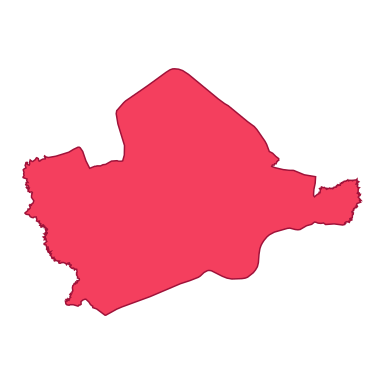 Si Rattana, Si Sa Ket, Thailand
{"feature_id": "78962969B55540018650075", "entity_name": "Si Rattana", "entity_type": "district", "adm_level": 2, "iso_a3": "THA", "parent_name": "Thailand", "parent_adm1": "Si Sa Ket", "projection": "mercator", "projection_center": [104.475, 14.809], "detail": "fine", "context": "isolated", "style": "filled", "palette": "rose", "viewbox_px": 384, "rotation_deg": 0, "n_neighbors": 0, "source": "geoboundaries", "source_scale": "gbopen_adm2", "svg_char_len": 5849}
<svg xmlns="http://www.w3.org/2000/svg" viewBox="0 0 384 384"><path d="M357.0,179.1L356.2,179.9L353.6,180.2L352.7,180.8L352.1,180.2L351.2,180.5L349.8,180.2L348.7,180.9L347.9,179.8L347.1,180.6L346.3,180.6L345.9,181.3L344.2,181.2L343.2,182.3L342.7,182.2L342.5,182.9L341.6,182.7L341.3,183.4L340.4,183.4L340.6,184.0L340.1,184.5L340.2,185.2L338.2,184.8L338.5,185.4L336.8,185.5L336.7,186.1L336.2,186.3L336.5,186.8L336.1,187.2L334.0,187.2L333.6,188.1L332.8,188.7L332.3,188.1L331.0,188.6L330.1,188.5L329.8,188.0L327.8,188.8L326.9,188.2L326.6,188.5L326.9,189.1L326.7,189.3L324.4,187.4L323.6,187.7L321.6,187.0L321.7,187.8L321.4,188.6L320.3,188.1L319.5,188.7L320.4,189.5L320.1,192.6L319.1,192.4L318.8,193.8L317.6,194.2L314.5,196.8L313.6,195.6L313.6,193.6L313.9,189.4L315.2,183.1L315.6,176.7L304.3,174.8L293.6,170.4L289.1,170.3L283.2,169.6L275.1,167.7L271.7,166.4L272.4,165.0L274.1,165.1L274.6,163.7L276.0,163.8L276.9,161.6L277.3,161.5L277.6,160.8L278.7,160.4L278.7,158.6L275.8,156.4L272.6,153.2L269.3,151.5L266.6,144.3L265.0,141.3L257.0,129.7L254.3,126.6L247.5,121.6L228.2,105.7L224.7,103.7L218.2,98.9L188.4,74.3L182.7,70.6L178.7,69.2L174.6,68.8L172.6,68.9L170.0,69.8L166.2,72.2L147.5,85.8L125.5,101.0L123.6,102.8L116.7,110.7L116.2,113.7L117.9,123.9L124.5,145.5L124.3,155.1L122.7,160.8L121.4,161.2L118.5,161.2L117.0,160.7L111.5,161.1L105.6,164.4L103.0,164.7L100.5,165.9L96.9,165.9L96.1,166.3L94.7,166.3L89.7,168.3L85.9,160.8L82.7,151.4L80.2,147.8L79.2,147.2L78.0,147.2L73.4,149.4L68.8,152.2L55.9,156.2L48.5,157.5L46.3,157.1L44.6,155.9L44.4,156.4L45.3,158.1L45.3,158.8L42.8,159.1L40.7,160.2L39.7,161.2L38.9,160.9L38.3,158.6L36.8,157.7L36.3,158.0L35.2,159.7L32.8,161.5L31.7,161.2L30.2,160.0L29.5,162.6L29.7,163.9L29.2,165.1L28.0,164.7L27.0,163.9L27.5,163.0L27.3,162.4L26.2,162.4L25.7,163.0L25.7,164.2L25.1,165.2L26.0,167.9L24.2,168.8L23.2,169.8L24.0,172.6L23.6,173.9L24.1,175.4L23.0,177.2L23.3,177.7L27.0,179.0L26.7,180.7L28.0,182.5L26.2,182.6L26.2,183.8L25.7,184.7L26.2,185.2L27.5,185.2L28.3,185.7L28.8,187.4L28.1,187.6L26.7,186.9L26.3,187.4L27.7,189.0L29.0,188.6L28.0,190.8L28.1,191.4L29.3,191.5L29.6,192.2L31.7,191.9L32.4,192.6L32.3,193.1L31.6,193.8L31.9,194.7L31.5,195.6L31.5,197.4L33.8,200.8L33.1,203.0L32.0,203.7L31.4,205.2L30.1,204.5L29.4,205.2L30.0,205.9L29.8,206.6L30.3,207.0L30.0,208.3L29.1,209.3L28.1,209.0L27.7,210.7L25.0,212.9L25.0,213.3L26.2,214.3L29.1,214.7L30.3,216.7L32.0,217.5L33.3,217.7L34.1,217.0L36.3,217.0L36.4,218.2L36.9,219.1L36.5,220.9L38.3,221.8L38.8,221.1L39.4,221.1L39.2,223.0L40.7,223.6L39.8,225.3L41.0,225.4L40.9,227.0L41.5,227.1L42.1,226.7L42.1,226.4L41.5,226.0L41.7,225.4L42.5,225.5L42.9,224.9L43.4,224.9L43.9,225.7L43.5,226.5L44.4,226.4L44.3,227.4L45.1,227.1L47.5,229.2L47.3,229.7L46.9,229.8L46.2,229.4L46.1,228.7L45.3,228.9L45.7,230.2L46.2,230.0L46.7,230.5L45.7,232.2L47.2,232.6L47.2,233.4L46.9,233.6L45.5,233.5L46.3,234.6L46.1,235.1L45.6,235.0L44.9,234.0L44.2,234.0L45.1,234.9L45.3,236.5L43.3,237.0L44.3,237.9L45.4,237.7L45.7,238.6L44.7,238.6L44.3,239.7L46.1,239.3L46.2,240.7L46.8,241.4L45.0,243.1L44.2,243.4L44.0,244.0L44.4,244.6L46.0,244.9L46.6,247.1L48.1,247.0L48.5,248.9L46.8,248.3L46.5,249.1L47.6,250.4L48.1,250.0L48.8,250.3L48.7,251.0L47.9,251.6L48.3,252.3L48.9,252.4L50.7,251.7L49.8,252.8L49.7,253.5L50.9,253.5L51.4,253.9L50.2,255.2L51.4,256.2L52.0,258.4L52.3,258.5L52.8,257.6L53.9,257.5L53.4,258.4L54.7,259.0L54.0,260.0L54.4,260.9L54.9,260.7L55.2,259.6L56.0,260.7L56.8,260.6L58.2,261.3L58.8,260.9L59.6,261.1L58.7,262.2L59.1,263.2L60.6,263.2L62.0,262.4L62.8,262.7L63.6,262.5L66.0,263.6L66.5,264.7L67.8,263.2L69.4,262.9L69.7,263.4L68.9,264.5L71.2,265.0L71.1,265.5L70.0,265.9L69.8,266.4L71.4,268.0L72.4,268.5L73.0,268.0L73.7,268.1L74.2,268.8L74.2,269.7L74.6,270.0L75.1,269.1L76.7,269.3L77.1,272.1L76.5,272.8L76.5,273.3L77.0,274.1L76.5,274.8L77.7,276.7L77.5,278.0L79.2,278.6L79.4,279.8L78.7,280.7L77.1,280.7L77.5,281.9L77.1,282.9L76.5,283.0L76.3,282.1L75.8,281.9L75.3,282.5L75.4,283.9L74.1,283.7L73.8,284.7L72.8,285.7L72.4,287.7L72.8,290.9L72.1,291.7L71.9,293.0L70.7,293.3L70.0,294.4L71.1,294.7L70.0,296.3L70.7,297.3L69.6,298.2L69.4,299.5L68.2,298.9L68.6,300.3L68.0,300.2L67.4,299.3L66.1,299.5L67.2,300.9L66.9,301.2L65.4,301.1L65.9,303.9L67.0,304.9L69.2,305.2L70.2,304.7L73.2,304.7L77.9,306.1L78.5,305.9L78.9,305.1L80.0,305.0L81.1,304.3L81.0,301.6L82.7,300.1L84.6,299.3L85.9,299.2L88.9,302.0L90.5,304.6L91.8,305.7L92.7,306.1L92.8,307.6L96.6,308.9L105.0,315.2L105.8,315.2L116.6,309.2L122.0,306.9L150.1,296.6L180.4,283.7L189.9,280.6L198.3,277.3L200.3,276.0L204.0,272.5L207.3,270.7L208.8,270.4L211.3,270.7L222.4,276.3L227.0,278.1L231.8,279.0L242.0,278.6L245.2,278.1L247.6,277.2L253.3,272.7L255.6,269.8L257.4,266.7L258.4,262.6L259.0,254.3L259.9,248.7L261.0,245.5L262.2,243.2L264.0,240.4L267.0,236.8L269.5,234.7L274.4,232.1L287.3,228.4L289.8,228.1L295.2,229.5L297.9,229.8L300.1,229.5L306.6,225.7L311.7,224.3L314.4,222.1L315.8,222.2L318.0,223.1L320.9,223.4L323.5,223.0L325.6,224.5L334.1,223.9L342.6,225.0L344.7,224.5L344.7,224.0L345.6,223.5L345.8,223.1L345.5,222.7L344.7,223.3L344.8,222.9L346.4,221.7L347.5,221.9L348.5,221.4L348.8,222.2L349.3,222.4L350.0,220.7L350.7,220.1L349.9,219.4L349.9,218.9L350.7,218.8L351.4,220.1L351.9,219.9L351.7,218.9L350.7,218.3L352.3,217.7L352.4,214.8L353.1,214.5L353.4,212.9L352.8,212.5L352.2,212.7L352.0,211.6L353.6,210.6L353.3,209.9L353.7,208.6L354.5,208.8L355.1,207.4L356.5,207.6L357.5,206.3L357.3,206.0L356.5,206.3L356.1,206.0L356.9,205.2L356.6,204.4L357.1,203.5L360.6,202.2L359.5,200.8L359.5,200.2L361.0,200.4L358.2,197.1L358.7,196.3L360.0,195.5L360.4,194.4L359.0,194.5L359.4,193.2L359.2,192.9L358.8,192.9L358.3,193.8L357.3,193.2L358.1,192.1L358.2,189.2L358.7,188.5L358.1,187.9L358.9,187.6L357.8,187.2L357.2,186.2L357.8,184.8L357.3,184.6L357.5,183.8L356.2,183.9L356.8,183.0L356.9,182.1L357.7,182.5L358.8,181.8L357.0,180.7L357.0,179.1Z" fill="#f43f5e" stroke="#9f1239" stroke-width="1.5"/></svg>